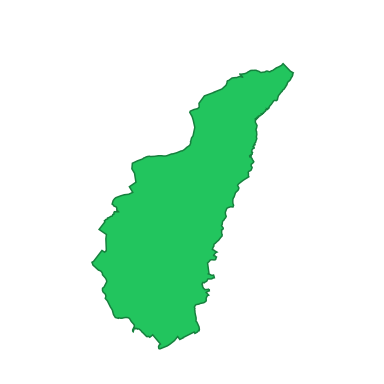 Calinesti, Arges, Romania (Robinson projection), rotated 26°
{"feature_id": "2599482B19078285057883", "entity_name": "Calinesti", "entity_type": "district", "adm_level": 2, "iso_a3": "ROU", "parent_name": "Romania", "parent_adm1": "Arges", "projection": "robinson", "projection_center": [25.03, 44.892], "detail": "fine", "context": "isolated", "style": "filled", "palette": "green", "viewbox_px": 384, "rotation_deg": 26, "n_neighbors": 0, "source": "geoboundaries", "source_scale": "gbopen_adm2", "svg_char_len": 6003}
<svg xmlns="http://www.w3.org/2000/svg" viewBox="0 0 384 384"><g transform="rotate(26 192 192)"><path d="M200.4,343.4L200.0,340.8L200.4,339.4L201.5,339.6L201.6,339.2L201.9,338.9L202.2,338.8L203.1,339.1L203.4,338.7L204.2,338.4L206.2,338.7L207.4,339.2L208.5,339.8L209.5,340.0L214.6,341.8L215.2,341.6L216.2,340.8L217.7,341.1L219.1,338.2L219.3,337.6L230.3,342.5L229.6,344.0L229.7,345.6L230.6,347.0L231.2,347.3L232.1,346.9L237.3,341.1L238.9,338.4L241.4,333.2L242.5,328.2L245.7,329.9L248.1,326.8L247.9,326.6L255.3,316.9L256.6,317.8L258.1,315.7L258.4,314.9L258.7,313.2L259.1,313.3L258.9,312.3L257.4,310.1L253.3,306.7L252.4,306.5L251.9,305.7L251.5,304.6L250.7,303.1L249.0,301.0L247.4,298.9L246.7,297.5L245.9,296.6L245.7,295.4L244.6,294.5L244.7,292.2L245.0,291.6L245.6,291.0L247.4,289.7L248.1,288.7L251.2,286.3L252.4,284.2L252.3,283.1L251.4,281.6L251.2,280.1L251.3,278.4L252.2,277.4L248.7,276.1L249.1,275.3L249.9,274.4L250.6,273.1L250.8,273.1L250.4,272.3L249.2,272.2L249.0,272.6L246.4,274.1L245.8,273.8L244.8,273.6L243.4,272.7L242.6,271.8L242.2,271.0L241.6,270.8L241.3,269.6L241.5,268.4L242.7,268.4L243.2,267.3L244.3,265.8L244.4,263.6L244.6,262.9L245.5,262.6L247.4,261.7L248.2,260.9L248.2,260.5L249.7,259.3L248.7,258.1L247.8,257.2L247.1,257.8L245.8,258.3L243.7,258.2L242.5,258.5L242.4,258.1L242.8,257.5L237.1,249.0L238.0,246.6L238.2,245.2L239.4,244.2L241.6,243.4L242.6,242.7L242.8,242.2L242.7,241.6L242.4,241.1L242.6,240.7L242.5,239.7L241.8,239.7L241.0,239.4L239.3,239.6L239.1,239.2L239.4,238.5L239.6,237.1L240.0,236.1L240.8,235.1L239.6,235.0L239.6,235.3L237.6,234.7L235.5,234.7L235.2,232.4L235.4,230.9L234.8,230.0L234.7,229.2L235.4,227.9L236.5,224.8L237.0,224.0L237.8,220.0L238.3,218.6L237.9,217.2L236.9,216.3L236.3,215.3L235.7,214.0L235.2,213.3L235.4,212.6L235.9,212.4L235.9,211.7L236.2,211.4L235.7,210.6L233.3,209.4L233.3,207.7L232.5,205.6L232.5,204.3L233.1,202.9L233.0,202.1L233.5,200.4L233.4,198.8L232.3,197.9L231.0,196.0L230.8,195.2L230.5,191.8L230.8,190.8L232.7,188.8L233.3,188.3L235.4,187.5L235.2,185.7L233.8,184.4L232.9,182.8L232.0,180.8L231.8,179.0L232.0,178.3L231.9,177.2L231.4,173.8L231.6,172.9L232.3,171.1L232.7,169.7L232.4,167.8L230.1,166.1L230.1,165.1L230.5,163.9L233.0,158.8L236.4,153.4L235.7,152.9L234.5,150.4L234.0,150.0L233.9,149.3L234.0,148.6L235.2,147.1L235.5,146.5L235.4,144.1L235.3,143.6L235.0,143.3L233.8,142.8L233.1,141.1L233.8,139.8L234.3,138.1L234.2,137.6L231.9,136.3L231.2,135.5L229.2,134.8L228.5,135.1L227.9,134.2L228.1,133.8L228.7,134.0L229.4,133.6L229.1,133.2L228.4,133.0L228.5,132.7L229.2,132.3L229.5,131.5L228.9,130.5L229.0,129.9L228.0,129.8L227.9,128.9L227.4,128.1L227.4,127.4L227.8,126.7L227.6,126.1L228.6,125.4L228.5,125.0L227.9,124.4L227.0,124.3L227.2,123.4L227.2,122.9L227.0,122.7L227.9,122.1L227.9,121.8L226.9,120.9L227.4,119.5L227.0,117.7L226.9,115.7L225.7,114.3L225.0,111.8L224.2,110.6L223.7,109.5L222.8,108.9L222.5,108.1L222.0,107.6L222.0,106.3L221.3,103.7L218.5,101.7L217.6,100.0L217.6,99.6L217.9,98.8L217.2,98.7L217.0,98.8L216.9,98.6L216.8,98.4L217.3,97.9L217.9,97.8L217.9,97.4L218.1,97.3L217.8,97.1L218.2,96.7L217.9,96.4L218.2,96.2L218.6,96.2L219.0,95.5L219.0,95.3L218.4,95.4L218.3,95.0L219.1,94.5L219.0,93.9L219.7,93.7L220.1,93.1L220.4,92.2L220.5,92.0L220.2,91.6L220.6,91.6L221.0,91.3L220.7,90.9L221.6,90.0L221.4,89.3L221.8,89.1L222.1,87.9L222.3,87.7L222.6,86.8L222.1,85.8L222.2,85.7L222.7,85.7L223.3,85.1L223.2,85.0L222.9,85.0L223.0,84.8L222.7,84.5L223.2,84.5L223.3,84.2L223.8,84.3L223.9,83.7L224.1,83.3L223.9,83.3L223.8,82.6L224.2,82.3L224.2,80.4L224.8,78.6L225.3,75.5L225.3,74.6L226.0,73.5L227.8,72.9L228.2,72.0L228.3,71.6L227.8,69.7L227.5,67.9L227.5,67.0L227.9,65.8L228.0,64.8L228.4,63.1L228.9,62.0L228.7,61.0L229.6,59.3L229.7,58.7L230.1,55.9L230.0,54.8L230.3,54.3L229.9,51.7L230.3,50.3L230.8,49.4L231.1,48.4L231.2,46.4L231.0,46.0L231.2,45.4L231.4,44.1L231.2,42.4L230.8,42.3L230.6,41.3L230.8,40.9L230.8,40.5L227.5,40.3L217.6,36.7L217.2,37.7L217.2,38.2L217.0,38.9L214.8,41.9L213.4,43.4L213.0,44.1L213.0,44.3L212.4,45.2L211.4,47.2L210.1,48.4L209.6,49.4L209.2,49.9L206.4,50.4L205.7,50.9L204.5,52.6L203.4,53.1L201.6,54.4L201.3,54.5L199.5,54.2L197.3,54.5L196.2,54.5L192.0,56.7L191.2,57.3L190.7,58.3L189.8,59.4L188.9,61.1L187.5,62.5L184.5,64.6L183.4,65.0L183.6,65.3L186.7,66.2L187.0,66.6L184.3,67.2L181.6,69.9L180.9,70.1L178.0,72.0L176.2,75.5L175.1,76.6L175.2,77.6L175.6,78.4L175.8,81.2L173.7,86.4L168.2,92.4L168.4,92.5L161.0,100.2L159.4,109.2L161.3,112.6L160.4,114.7L157.6,117.0L155.0,120.1L155.1,121.4L159.1,124.2L161.7,127.0L166.2,132.7L168.3,141.0L167.9,143.8L168.6,146.8L168.6,147.5L169.1,148.0L169.4,149.0L169.5,150.9L168.7,152.6L167.8,154.0L166.5,157.3L165.3,159.2L164.2,159.9L161.1,163.4L159.0,165.3L158.1,166.1L156.9,166.8L153.4,170.5L152.2,171.4L150.7,172.1L148.4,172.9L146.0,174.1L142.8,176.3L139.2,178.3L138.1,178.5L136.6,179.5L135.4,180.6L134.3,182.1L133.7,182.6L133.1,184.0L129.3,187.9L125.8,192.3L127.8,197.5L132.1,200.3L137.3,207.8L133.4,214.7L138.9,218.3L136.1,221.8L132.4,224.1L129.6,226.7L126.1,230.4L125.4,231.8L124.9,234.2L125.5,237.9L126.7,238.1L127.9,238.8L130.3,238.7L130.7,238.8L131.5,239.5L131.9,240.4L132.5,241.2L134.6,242.0L134.2,242.3L133.3,242.6L132.5,242.7L131.8,242.5L132.3,242.8L132.3,243.2L130.9,243.7L131.0,244.1L130.9,245.0L131.4,245.7L131.5,246.1L130.7,246.9L130.8,248.3L130.6,248.9L129.9,249.3L129.3,250.1L128.9,251.0L127.5,252.4L127.9,253.2L126.7,254.4L126.1,256.0L125.9,256.3L126.8,257.1L124.9,266.4L133.7,267.7L135.1,271.8L140.2,281.3L140.7,282.5L140.3,283.0L139.9,284.4L136.7,284.0L133.9,297.6L132.9,299.0L135.0,301.1L142.1,303.2L144.5,303.0L146.2,303.7L147.3,304.6L147.8,305.6L151.7,307.2L153.5,308.4L154.7,310.0L154.6,316.1L154.1,316.9L153.8,317.8L154.6,319.6L155.8,320.8L159.0,321.9L160.3,323.4L160.7,325.7L163.6,326.9L169.2,331.2L172.0,332.9L175.2,336.6L178.1,338.4L181.2,337.8L181.2,337.3L183.5,336.6L185.0,335.7L185.7,335.0L187.3,333.9L188.6,333.3L190.1,332.9L191.5,333.2L194.2,335.0L198.3,336.7L199.1,338.3L199.1,341.9L199.6,342.9L200.1,343.3L200.4,343.4Z" fill="#22c55e" stroke="#15803d" stroke-width="1.5"/></g></svg>